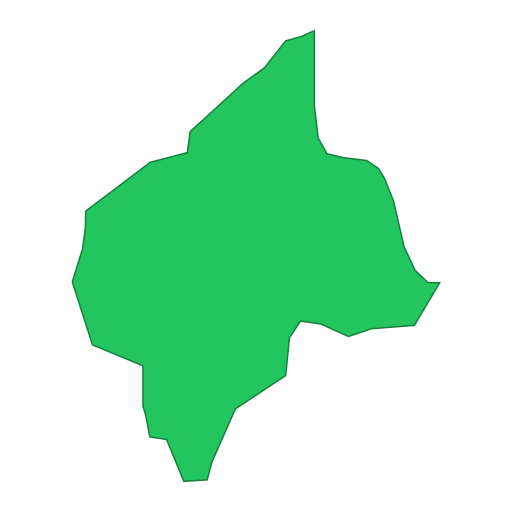 Haut-Nkam, Ouest, Cameroon
{"feature_id": "32672807B36469761565883", "entity_name": "Haut-Nkam", "entity_type": "district", "adm_level": 2, "iso_a3": "CMR", "parent_name": "Cameroon", "parent_adm1": "Ouest", "projection": "robinson", "projection_center": [10.205, 5.159], "detail": "fine", "context": "isolated", "style": "filled", "palette": "green", "viewbox_px": 512, "rotation_deg": 0, "n_neighbors": 0, "source": "geoboundaries", "source_scale": "gbopen_adm2", "svg_char_len": 696}
<svg xmlns="http://www.w3.org/2000/svg" viewBox="0 0 512 512"><path d="M149.8,436.9L166.6,439.5L183.8,481.3L207.1,479.9L212.0,461.8L235.4,408.9L285.7,375.5L289.4,337.9L300.5,321.1L320.9,324.0L348.4,336.5L371.4,328.7L414.4,325.4L439.7,282.8L427.8,282.5L415.0,270.2L404.1,246.8L393.5,200.9L387.0,184.8L384.3,178.0L378.4,168.4L366.6,160.5L343.5,157.7L327.1,153.8L318.2,138.1L314.3,105.7L314.3,30.7L307.2,33.8L301.0,36.6L285.7,40.8L264.5,67.7L252.4,76.5L242.3,83.9L222.7,101.9L211.6,112.1L190.2,131.5L187.3,152.6L150.1,162.3L140.6,169.6L85.8,211.0L85.3,228.8L82.5,248.9L72.3,281.9L92.5,344.9L142.9,365.8L142.9,405.9L145.8,415.6L149.8,436.9Z" fill="#22c55e" stroke="#15803d" stroke-width="1.5"/></svg>